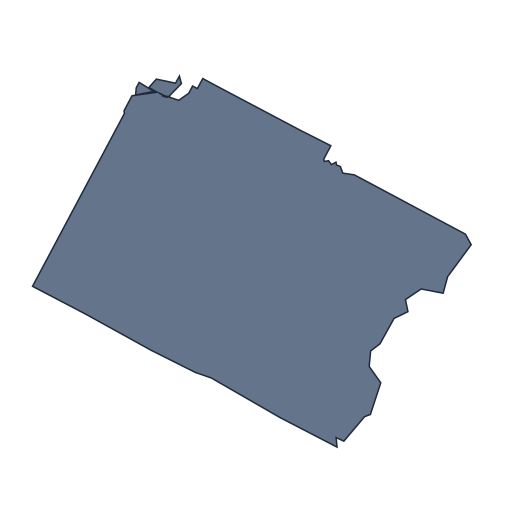 Boulder, Colorado, United States of America (Equal Earth projection), rotated 208°
{"feature_id": "52423323B35890552062284", "entity_name": "Boulder", "entity_type": "district", "adm_level": 2, "iso_a3": "USA", "parent_name": "United States of America", "parent_adm1": "Colorado", "projection": "equal_earth", "projection_center": [-105.3, 40.088], "detail": "fine", "context": "isolated", "style": "filled", "palette": "slate", "viewbox_px": 512, "rotation_deg": 208, "n_neighbors": 0, "source": "geoboundaries", "source_scale": "gbopen_adm2", "svg_char_len": 1025}
<svg xmlns="http://www.w3.org/2000/svg" viewBox="0 0 512 512"><g transform="rotate(208 256 256)"><path d="M81.3,373.6L207.3,373.8L218.3,369.9L223.5,374.6L227.7,374.2L229.4,376.4L232.4,372.1L236.7,374.2L240.0,371.6L241.6,373.2L241.7,388.5L275.3,387.8L375.4,387.6L386.3,387.7L386.4,376.3L391.8,376.3L391.8,368.1L397.3,357.2L408.0,355.4L402.8,373.2L408.1,378.9L408.2,370.8L427.0,365.4L429.7,354.5L420.1,354.2L440.7,339.3L440.7,332.7L440.7,322.2L439.1,320.1L439.1,256.1L439.1,217.7L439.1,168.2L439.1,128.6L439.1,124.3L379.3,124.7L304.2,123.5L254.8,124.7L238.2,127.3L158.8,124.6L94.7,125.3L100.0,133.3L91.5,133.7L84.7,165.1L80.6,169.8L86.3,202.6L104.2,211.6L110.2,226.0L105.3,236.7L104.8,265.7L95.7,278.2L103.6,287.7L94.7,304.4L73.3,311.0L77.1,327.8L71.3,367.0L81.3,373.6ZM408.2,355.6L409.2,354.3L409.6,354.1L411.7,353.7L413.3,353.6L413.5,353.5L413.5,354.2L418.6,354.4L411.3,354.6L408.2,355.6ZM437.9,341.6L423.6,353.3L439.3,354.4L440.7,354.4L440.7,348.3L437.9,341.6Z" fill="#64748b" stroke="#1e293b" stroke-width="1.5"/></g></svg>